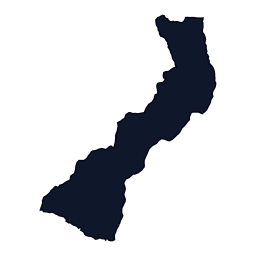 the district of Guaraçaí, São Paulo, Brazil
{"feature_id": "56859067B61494615775920", "entity_name": "Guaraçaí", "entity_type": "district", "adm_level": 2, "iso_a3": "BRA", "parent_name": "Brazil", "parent_adm1": "São Paulo", "projection": "mercator", "projection_center": [-51.278, -21.071], "detail": "fine", "context": "isolated", "style": "filled", "palette": "ink", "viewbox_px": 256, "rotation_deg": 0, "n_neighbors": 0, "source": "geoboundaries", "source_scale": "gbopen_adm2", "svg_char_len": 4184}
<svg xmlns="http://www.w3.org/2000/svg" viewBox="0 0 256 256"><path d="M155.9,20.0L156.1,22.5L156.6,25.2L157.4,26.6L158.2,27.9L158.2,29.7L159.0,31.0L159.6,32.3L159.6,33.9L160.9,36.2L163.1,36.9L165.0,38.0L166.3,40.5L167.8,42.1L167.8,43.9L168.6,45.3L168.2,47.2L169.1,48.4L170.2,50.2L170.8,52.7L171.9,54.7L172.3,56.6L173.0,59.0L173.9,60.3L175.2,62.2L175.2,64.1L176.3,67.2L174.8,67.5L172.4,68.7L171.0,69.7L168.9,71.5L166.0,71.7L163.9,72.5L163.3,75.3L163.6,77.6L165.6,78.7L164.4,80.8L163.3,82.3L161.9,82.7L159.2,83.0L157.8,83.5L157.0,85.2L157.0,87.1L157.5,89.5L157.8,91.1L157.9,92.6L156.8,94.7L155.4,94.7L154.6,96.6L154.4,98.5L153.4,100.2L152.4,101.9L150.5,103.3L148.7,104.5L147.7,106.1L146.5,107.6L145.6,109.7L144.9,111.3L144.3,112.8L142.2,113.1L139.6,113.6L137.4,113.9L135.0,113.5L132.8,113.8L131.1,113.0L129.0,112.7L127.3,113.8L126.2,114.5L125.4,116.3L125.1,117.8L123.8,119.0L122.4,119.8L120.8,121.1L118.9,122.1L117.7,122.7L118.0,124.5L118.3,126.5L117.8,128.4L117.5,130.4L116.9,132.1L116.2,133.8L115.7,136.0L115.8,138.1L115.6,140.5L115.3,142.6L114.8,144.4L114.3,146.4L113.6,148.3L112.3,147.1L111.0,146.1L109.4,146.8L107.6,148.4L105.7,149.7L103.9,149.1L101.9,148.6L99.7,149.1L98.0,149.6L96.6,150.4L94.9,150.8L92.7,151.1L91.4,151.9L90.3,153.9L88.5,155.8L87.3,158.0L86.0,159.2L84.1,160.6L82.4,160.6L80.8,160.6L79.0,160.6L77.1,162.6L76.6,164.1L76.0,166.3L75.8,168.6L75.2,171.4L74.3,173.8L72.9,174.6L71.0,175.9L70.5,177.7L70.5,179.5L69.0,180.8L67.2,181.4L64.9,182.8L62.7,184.5L59.7,185.4L58.8,187.1L57.3,187.3L55.8,186.5L54.4,187.4L53.5,188.6L52.4,189.5L51.0,190.8L50.2,192.2L49.0,193.6L47.5,194.9L45.7,196.3L44.0,197.2L43.3,198.9L42.5,200.9L42.8,202.7L42.1,205.0L40.4,210.0L42.6,209.9L43.5,211.5L45.0,211.7L47.4,211.9L49.8,212.5L51.2,212.1L53.2,212.5L54.8,213.1L55.9,214.1L57.7,214.6L58.9,215.6L61.2,216.0L62.9,216.6L64.5,216.9L65.3,218.5L66.9,219.8L66.1,221.0L67.5,221.9L68.8,222.9L70.2,222.5L72.3,224.3L74.2,225.3L76.3,225.8L77.6,226.9L78.6,228.2L80.1,227.2L81.7,228.7L80.7,230.1L82.6,231.2L84.1,232.3L84.7,234.1L86.2,235.4L88.5,236.0L90.5,236.2L92.5,236.9L94.1,237.8L95.3,239.1L97.5,238.8L98.7,238.3L100.0,237.4L101.0,238.3L102.6,238.7L104.6,238.6L105.7,240.0L106.2,238.7L107.7,238.6L108.5,240.0L110.2,240.6L112.4,240.6L114.5,239.6L114.3,237.3L114.2,235.6L114.5,234.1L115.6,232.1L116.1,230.0L117.3,227.5L118.5,226.0L118.9,224.2L119.8,222.9L120.0,221.4L120.7,220.0L121.9,217.8L122.7,215.6L121.8,213.7L121.6,212.0L121.6,209.9L121.8,208.1L122.5,206.6L123.5,204.6L124.1,203.1L125.0,201.4L125.2,199.2L124.4,196.9L123.7,195.1L124.0,193.1L124.7,191.1L125.2,188.7L124.6,186.1L123.9,184.4L123.7,182.8L124.6,180.9L125.9,178.8L127.6,178.1L129.2,177.5L130.4,176.2L131.9,175.0L132.7,173.8L134.5,174.1L136.3,173.4L138.2,172.6L139.7,171.4L141.7,170.0L143.0,168.1L144.0,167.0L144.2,165.5L144.0,163.6L144.0,161.0L144.3,159.5L148.8,149.2L149.9,147.9L150.9,146.9L152.6,145.3L154.5,144.4L156.8,142.9L157.8,141.3L159.7,139.7L160.8,138.7L162.4,138.7L164.1,138.8L166.2,139.7L168.0,140.5L169.7,140.6L171.1,139.8L172.4,139.1L173.4,138.1L175.0,136.7L176.8,134.9L178.2,133.8L179.7,132.1L180.5,130.5L181.8,128.1L184.3,125.7L187.8,121.3L189.3,119.7L189.3,116.7L190.4,114.4L190.9,113.0L192.1,112.1L194.5,111.9L196.6,112.0L198.7,112.0L201.0,113.1L202.2,113.6L203.5,112.5L204.7,111.6L205.7,110.7L206.7,109.6L207.5,107.8L208.6,105.6L209.4,104.3L210.2,102.5L210.9,99.5L212.0,97.7L212.8,96.2L212.2,94.6L212.3,92.4L213.1,90.4L214.0,89.0L214.8,87.5L215.2,86.1L215.6,84.4L215.6,82.9L214.9,81.7L214.6,80.2L214.8,78.4L214.6,76.6L214.5,75.1L214.5,73.2L214.1,71.5L213.7,69.6L212.8,67.5L211.4,65.7L210.4,64.5L209.1,63.2L209.1,60.9L208.0,58.7L208.5,56.7L207.3,54.5L206.1,53.4L206.8,51.3L206.1,49.0L206.1,47.5L206.1,45.5L204.7,43.6L204.9,41.9L205.4,39.8L205.1,37.5L204.0,34.5L202.8,33.1L202.3,31.5L202.3,29.7L202.8,27.7L202.8,25.6L202.8,22.9L202.1,21.4L202.8,19.7L203.0,18.0L201.0,18.2L198.4,18.1L196.2,18.0L194.6,17.7L191.9,17.6L190.0,17.7L187.4,17.5L185.6,17.6L185.1,19.6L183.3,22.1L181.6,22.8L179.5,22.4L177.5,21.8L176.0,21.7L174.6,22.1L173.1,21.4L171.4,21.8L170.0,21.8L168.9,20.9L167.6,19.0L165.4,18.2L164.1,15.8L162.7,15.4L160.8,16.3L159.5,17.1L157.6,17.8L155.9,20.0Z" fill="#0f172a" stroke="#020617" stroke-width="1.5"/></svg>